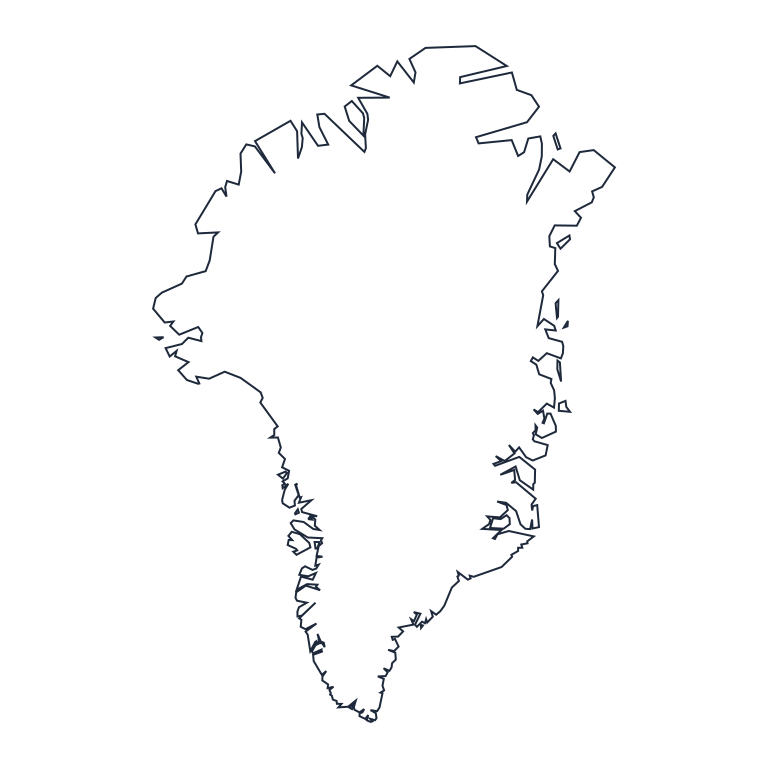 Greenland, Mercator projection
{"feature_id": "GRL", "entity_name": "Greenland", "entity_type": "country or territory", "adm_level": 0, "iso_a3": "GRL", "parent_name": "North America", "parent_adm1": "", "projection": "mercator", "projection_center": [-41.68, 71.708], "detail": "fine", "context": "isolated", "style": "outline", "palette": "slate", "viewbox_px": 768, "rotation_deg": 0, "n_neighbors": 0, "source": "natural_earth", "source_scale": "50m", "svg_char_len": 6125}
<svg xmlns="http://www.w3.org/2000/svg" viewBox="0 0 768 768"><path d="M475.5,46.1L506.8,66.0L460.2,77.1L459.9,83.4L511.9,72.5L516.8,89.9L531.4,95.2L539.0,106.7L527.0,122.2L476.0,137.2L478.6,143.4L511.7,140.1L518.1,156.0L524.1,152.2L528.3,138.5L540.3,136.4L541.9,143.7L541.8,156.3L539.1,169.5L527.3,194.6L527.0,201.6L553.2,159.2L569.6,171.5L579.6,152.1L593.7,150.1L614.9,167.4L602.1,186.9L592.1,191.4L593.8,197.3L591.8,202.3L574.8,211.1L581.0,217.8L576.8,225.7L554.7,225.4L549.3,236.2L549.9,246.4L555.3,248.1L554.8,264.1L558.0,270.9L541.9,291.3L543.2,295.2L537.4,326.2L543.9,319.0L554.2,325.8L555.7,330.5L545.3,329.4L548.7,338.1L562.1,341.8L563.3,346.1L562.9,353.2L560.9,358.4L546.8,353.2L538.3,360.9L532.9,357.4L530.8,361.1L536.3,364.6L539.2,374.3L551.4,379.0L550.7,382.9L554.1,390.3L554.9,398.2L554.0,407.6L546.8,403.6L538.0,412.2L533.6,409.4L537.7,413.9L543.0,410.7L544.4,418.5L542.6,422.8L543.9,423.3L547.3,413.6L550.5,413.6L555.8,425.9L555.9,431.6L541.9,438.0L535.7,434.3L537.2,427.6L535.5,425.3L535.6,430.2L532.9,433.1L533.9,435.4L532.8,439.3L534.4,441.3L547.7,445.1L545.6,455.4L532.8,460.5L526.1,457.2L519.1,447.4L515.2,451.7L508.9,445.0L514.5,453.4L504.8,461.0L495.7,456.1L501.2,461.1L493.5,463.9L495.1,465.8L519.3,456.9L535.1,469.6L534.8,482.7L533.3,484.1L533.2,489.6L519.8,480.2L515.6,466.5L500.3,474.8L514.2,470.0L515.1,480.0L511.3,482.9L516.0,482.2L535.7,498.7L531.6,504.5L531.8,507.3L532.2,510.5L533.1,506.1L537.2,505.1L539.0,527.1L532.5,528.5L532.1,519.5L530.2,529.1L525.4,528.8L520.5,524.3L516.1,511.1L506.1,502.8L497.1,501.5L506.5,505.0L507.8,510.1L499.9,517.4L487.2,516.4L490.4,519.9L489.1,524.1L482.2,528.9L501.5,530.0L493.0,538.2L494.9,539.0L497.5,534.3L508.8,531.0L533.8,536.4L527.2,541.4L527.5,543.3L521.3,544.5L522.3,547.7L518.1,547.8L518.1,551.0L511.4,554.8L512.1,556.8L501.6,567.0L473.7,576.8L469.8,575.7L470.6,578.4L467.8,579.6L457.7,571.9L458.8,575.6L457.4,576.5L458.9,581.0L451.8,587.6L444.3,605.7L440.3,611.2L436.2,614.7L431.1,611.1L432.8,616.7L427.2,622.5L426.1,619.2L425.0,623.2L422.1,621.7L416.9,626.8L415.0,624.7L420.4,613.7L413.8,612.1L416.9,614.5L414.0,621.1L411.1,619.2L413.5,624.6L398.7,627.5L403.1,631.4L398.1,636.6L391.8,636.8L392.7,639.8L395.0,639.0L398.6,646.6L394.1,651.1L388.1,649.8L395.3,652.7L395.8,659.6L392.1,663.2L391.6,667.3L389.5,670.8L383.6,668.3L387.7,672.3L385.6,676.1L377.8,676.4L383.8,678.9L382.5,685.7L384.1,690.4L380.5,692.6L382.5,693.2L379.5,707.5L377.1,711.2L370.5,710.1L375.8,713.2L376.5,718.2L375.0,720.2L370.2,718.8L372.4,721.3L370.6,721.9L366.8,720.3L368.2,715.0L365.3,718.9L359.5,716.1L359.6,713.5L362.5,712.2L364.2,709.1L359.5,712.4L354.5,709.8L353.8,707.3L355.8,700.5L348.2,706.7L338.4,707.4L341.5,703.9L336.9,703.8L336.6,701.0L332.8,699.5L331.9,695.7L330.1,694.6L330.8,693.1L329.4,689.9L333.5,686.8L327.6,688.1L328.1,684.4L322.3,680.5L322.5,676.4L326.3,671.1L321.8,674.8L313.7,661.1L313.1,654.8L322.8,651.3L321.1,651.4L321.4,649.6L313.1,653.3L311.9,651.4L315.5,645.2L319.6,643.2L322.1,643.1L324.7,647.2L323.8,642.7L320.8,641.6L317.5,633.9L319.3,641.1L315.6,644.0L316.2,641.3L315.3,641.8L310.3,651.2L307.7,634.7L305.6,631.6L316.5,623.5L305.5,629.2L300.7,626.8L301.4,619.8L299.2,618.4L315.5,602.7L301.9,615.6L297.5,616.5L297.4,611.6L299.0,607.2L306.8,602.7L297.0,600.7L295.5,597.8L296.2,592.3L305.8,585.6L320.1,590.2L315.9,586.9L317.4,584.7L307.1,584.1L296.6,589.8L301.0,576.6L312.7,579.7L315.9,573.0L308.2,576.3L299.3,574.8L301.9,568.4L305.1,566.3L312.5,569.9L316.2,568.6L318.7,564.6L315.3,565.7L316.6,557.6L322.5,556.7L316.6,555.9L318.7,546.1L322.1,543.2L321.0,540.2L322.3,538.2L307.8,537.5L294.5,529.4L290.7,523.1L293.4,520.4L303.7,522.0L313.3,529.0L319.6,530.0L314.8,525.7L315.3,519.6L311.4,516.0L317.1,516.2L302.1,512.1L301.3,509.0L311.4,500.2L298.9,502.7L301.1,497.2L299.7,497.6L296.1,485.4L297.3,483.6L295.2,484.7L298.7,495.1L294.5,500.8L294.9,505.5L289.5,507.7L282.7,503.3L282.1,500.0L284.7,489.8L288.3,483.8L282.7,488.2L282.3,485.2L284.9,483.8L282.6,481.4L287.7,478.4L289.1,470.8L282.1,467.3L285.0,459.0L278.8,452.9L280.8,447.5L277.9,437.5L270.3,437.6L274.3,435.0L274.2,429.1L277.7,426.4L260.3,402.5L262.7,397.9L260.7,392.4L240.6,377.9L224.7,371.7L209.1,378.7L196.3,376.7L199.3,383.5L198.2,383.8L186.9,380.0L178.2,370.2L188.5,362.1L175.1,356.3L176.6,350.9L169.7,356.5L165.6,348.1L182.0,344.0L188.3,337.7L201.4,341.1L201.0,337.2L202.4,333.0L198.2,327.0L179.2,334.7L170.1,325.9L173.4,321.5L164.7,322.5L153.1,308.7L155.7,298.0L161.9,292.6L181.9,283.6L186.5,276.5L205.7,271.1L209.7,260.4L213.5,236.7L218.1,232.4L198.0,233.4L195.4,224.4L215.5,191.1L221.5,188.3L226.5,196.6L225.2,187.1L227.0,181.0L238.7,184.6L241.2,171.6L240.5,153.6L246.3,144.4L254.9,146.4L275.0,173.3L255.0,141.1L290.5,120.8L297.1,131.2L298.0,158.5L301.9,147.1L302.7,138.1L301.4,133.7L302.0,122.4L318.0,145.8L328.2,144.6L319.4,127.1L317.3,114.5L324.5,113.8L364.4,151.9L365.9,148.2L365.1,134.5L368.1,119.8L367.4,113.9L358.2,97.8L389.7,97.6L351.2,85.4L377.3,65.8L390.2,76.2L397.3,61.4L413.8,82.5L415.5,72.4L409.4,58.9L425.5,47.9L475.5,46.1ZM299.9,534.2L309.3,543.0L310.4,547.4L296.5,554.8L293.3,551.7L297.2,550.4L296.0,548.8L287.7,545.0L288.7,539.9L292.2,540.1L288.4,535.9L291.8,531.8L299.9,534.2ZM509.5,518.1L509.8,524.2L503.6,528.7L490.0,528.0L493.1,518.2L500.6,519.1L506.6,515.2L509.5,518.1ZM363.4,135.6L349.2,120.9L344.7,106.5L351.8,101.0L363.0,113.4L364.2,117.9L363.4,135.6ZM570.0,239.3L560.5,248.7L556.9,243.1L569.4,235.5L570.0,239.3ZM565.5,400.9L566.3,406.9L570.0,411.8L558.8,410.8L559.0,403.5L565.5,400.9ZM561.1,381.5L557.3,369.2L557.5,360.6L559.9,362.4L561.1,381.5ZM287.0,472.9L282.9,478.6L278.0,474.7L285.6,471.6L287.0,472.9ZM560.5,148.4L557.7,149.4L553.3,135.9L555.6,133.4L560.5,148.4ZM317.1,548.5L315.5,548.5L314.6,542.0L319.6,542.1L317.1,548.5ZM558.0,316.7L557.0,318.0L555.6,303.2L558.4,300.2L558.0,316.7ZM163.5,337.2L159.1,339.8L155.5,337.5L163.5,337.2ZM298.9,512.7L295.4,514.3L295.0,513.3L297.8,509.3L298.9,512.7ZM567.5,326.3L563.8,327.6L567.9,320.9L567.5,326.3ZM353.3,704.7L352.0,709.1L348.9,707.3L353.3,704.7ZM312.1,519.6L308.8,519.2L308.6,518.5L309.9,516.8L312.1,519.6ZM422.9,625.5L421.1,627.9L420.9,624.9L422.9,625.5Z" fill="none" stroke="#1e293b" stroke-width="2"/></svg>